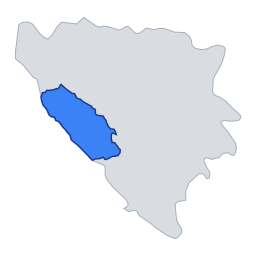 location of West Bosnia within Bosnia and Herzegovina
{"feature_id": "BIH-2224", "entity_name": "West Bosnia", "entity_type": "Canton", "adm_level": 1, "iso_a3": "BIH", "parent_name": "Bosnia and Herzegovina", "parent_adm1": "", "projection": "orthographic", "projection_center": [16.924, 43.992], "detail": "fine", "context": "in_parent", "style": "filled", "palette": "blue", "viewbox_px": 256, "rotation_deg": 0, "n_neighbors": 0, "source": "natural_earth", "source_scale": "10m", "svg_char_len": 3380}
<svg xmlns="http://www.w3.org/2000/svg" viewBox="0 0 256 256"><path d="M224.7,47.6L225.3,49.4L224.1,55.9L221.9,62.8L218.1,70.0L214.1,76.9L213.1,80.4L212.9,86.1L212.5,90.6L213.2,93.0L214.6,95.2L219.3,96.9L225.7,101.2L231.3,106.9L238.3,113.3L240.6,115.7L240.6,118.3L238.7,120.3L232.8,121.2L226.7,120.9L224.3,120.2L222.2,121.1L220.8,122.7L221.6,124.4L228.1,132.3L235.8,143.6L236.4,148.6L235.6,152.5L234.0,155.2L230.9,154.9L228.5,152.8L225.0,153.1L222.3,153.8L218.8,158.0L217.1,157.9L214.0,158.6L212.1,159.5L209.0,158.4L205.8,157.6L204.4,159.0L203.9,161.4L206.0,165.8L209.9,172.7L209.4,178.0L206.6,178.6L203.8,174.3L201.5,173.6L198.9,173.8L192.9,179.1L188.5,183.5L187.6,186.5L186.0,189.9L185.6,192.3L185.9,200.2L177.8,201.6L176.1,202.8L175.2,205.2L176.1,215.4L176.8,220.8L181.6,229.2L181.8,231.8L181.2,233.6L178.0,237.0L176.4,238.2L175.4,238.6L169.9,236.5L167.3,235.5L156.4,228.3L151.6,224.2L144.0,218.9L139.3,215.8L136.9,211.2L133.2,210.2L128.8,211.7L123.9,208.4L127.3,206.6L128.2,204.9L127.7,202.8L126.2,199.8L112.8,187.1L106.2,178.5L105.2,175.3L105.1,167.0L103.5,165.0L93.8,161.2L83.0,150.4L71.9,139.8L70.3,136.8L64.6,128.8L57.7,121.4L52.2,116.7L47.7,111.4L42.7,104.0L40.2,92.7L38.0,82.8L36.4,78.9L33.3,77.5L23.6,65.6L15.4,58.6L15.5,51.2L17.1,38.9L18.8,24.9L20.9,23.0L24.6,22.0L28.9,22.4L32.7,24.2L40.0,33.9L44.2,37.6L47.8,39.1L52.0,35.1L57.2,26.6L61.6,22.2L76.6,23.9L84.0,17.4L95.9,25.9L100.8,27.2L103.6,26.0L107.4,26.5L115.7,29.0L117.7,30.0L120.2,29.8L126.3,26.4L128.5,26.8L135.6,33.3L139.2,33.3L143.4,30.5L146.1,28.0L154.3,29.7L158.9,28.5L162.8,28.3L167.0,29.4L170.8,30.8L174.6,32.1L184.7,32.6L189.6,36.6L191.6,40.6L191.7,43.1L192.2,45.7L195.1,48.2L201.2,49.6L205.0,49.1L207.0,48.9L212.1,46.5L218.2,45.1L222.6,46.3L224.7,47.6Z" fill="#d9dde1" stroke="#a8b0b8" stroke-width="1"/><path d="M52.2,116.9L51.6,116.9L51.0,116.5L50.3,116.0L49.2,114.9L48.4,113.4L47.1,110.2L46.2,108.7L43.7,105.9L42.8,104.5L41.7,101.0L41.2,98.4L41.1,97.2L41.3,96.3L41.9,95.0L42.1,94.3L42.3,92.9L42.6,92.7L43.3,92.4L44.8,92.6L45.5,92.3L45.8,91.6L46.7,90.4L48.1,90.3L50.2,90.4L51.5,90.0L53.5,89.8L55.5,89.0L58.3,88.4L59.3,87.2L60.6,84.7L61.0,84.4L62.8,86.0L64.5,87.6L67.0,89.7L70.6,92.2L72.2,93.5L73.6,93.5L74.5,93.7L75.2,94.8L75.9,96.3L77.0,98.3L79.1,99.0L80.2,99.1L81.5,100.4L83.9,102.2L86.9,103.8L89.7,105.4L91.4,106.1L92.3,107.9L93.7,108.8L95.0,109.2L95.4,111.3L95.5,113.9L96.3,114.9L97.9,115.3L103.4,116.2L103.7,117.2L104.8,119.1L105.9,120.3L106.3,121.1L106.3,122.2L107.0,123.5L107.2,123.8L107.7,124.5L108.1,126.2L108.7,126.8L109.7,128.0L110.7,129.0L112.2,129.1L113.9,129.2L115.5,131.8L115.8,133.0L115.9,133.3L116.2,134.5L114.5,133.8L113.4,133.2L111.9,133.3L111.8,133.7L111.4,134.6L111.3,136.2L111.2,136.8L111.3,138.4L111.3,139.5L111.9,140.7L111.9,141.6L111.9,142.5L112.5,142.5L113.4,142.5L115.0,142.9L116.0,144.5L117.8,146.8L118.6,148.2L119.3,148.9L120.2,149.7L120.2,150.2L120.2,151.0L120.0,152.7L119.1,153.8L118.3,155.4L117.0,155.8L115.0,156.2L113.3,156.3L112.0,156.5L110.0,157.6L108.6,158.4L106.5,159.4L104.9,159.4L104.2,158.7L103.8,157.7L102.4,157.3L101.5,158.0L98.8,158.8L95.8,158.8L95.2,159.0L92.5,160.3L90.6,158.6L87.7,155.3L78.4,145.7L71.8,140.4L71.0,139.0L70.5,137.3L70.3,135.9L69.8,134.7L67.4,132.5L65.5,129.8L62.6,126.8L60.9,124.3L60.3,123.3L59.4,122.3L58.4,121.4L55.8,120.5L55.3,119.5L55.1,118.3L54.3,117.1L53.7,116.8L52.2,116.9Z" fill="#3b82f6" stroke="#1e3a8a" stroke-width="1.5"/></svg>